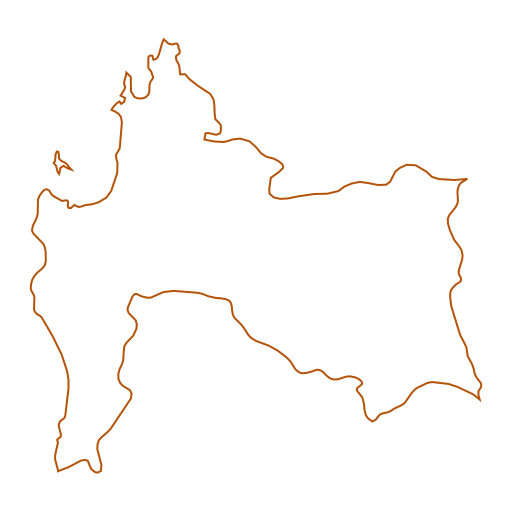 outline of Bío-Bío
{"feature_id": "CHL-2702", "entity_name": "Bío-Bío", "entity_type": "Region", "adm_level": 1, "iso_a3": "CHL", "parent_name": "Chile", "parent_adm1": "", "projection": "mercator", "projection_center": [-72.611, -37.461], "detail": "fine", "context": "isolated", "style": "outline", "palette": "amber", "viewbox_px": 512, "rotation_deg": 0, "n_neighbors": 0, "source": "natural_earth", "source_scale": "10m", "svg_char_len": 4746}
<svg xmlns="http://www.w3.org/2000/svg" viewBox="0 0 512 512"><path d="M467.4,178.9L461.4,182.4L459.0,185.2L457.6,189.7L457.5,194.2L457.9,198.3L457.8,202.4L455.9,206.8L449.3,215.1L447.8,218.8L448.0,223.6L449.7,229.6L454.1,239.7L459.5,246.8L461.7,250.7L462.6,255.6L462.1,259.8L459.5,267.9L458.6,272.0L458.9,274.3L461.0,278.1L460.9,280.6L460.0,281.9L456.0,284.4L453.4,287.0L451.5,289.4L450.3,292.4L450.1,296.8L451.3,306.4L460.0,334.5L466.4,347.1L467.7,356.2L472.1,364.3L473.7,368.8L474.6,373.3L476.1,376.8L480.7,382.9L481.1,384.1L481.3,385.3L481.1,386.5L480.7,387.7L478.4,391.3L478.5,395.2L479.7,399.6L474.4,395.3L472.5,394.0L457.2,386.8L448.4,383.9L432.5,382.1L429.8,382.4L427.0,383.1L416.9,388.0L414.5,389.8L412.4,392.1L404.4,403.3L401.0,405.5L394.4,408.5L391.5,410.5L388.4,412.1L381.9,413.6L379.5,414.9L375.7,419.7L372.3,421.5L368.2,418.5L365.9,415.3L364.6,410.4L364.1,405.2L363.3,401.0L362.2,397.2L357.1,390.8L356.9,389.0L357.3,388.0L360.2,385.7L361.8,384.3L362.1,382.9L361.3,381.1L359.0,379.2L355.4,377.4L350.0,376.3L345.9,376.7L338.0,379.3L333.8,379.5L330.0,378.3L326.3,375.4L323.4,372.3L320.6,370.4L317.7,369.7L315.6,370.1L311.6,371.6L305.7,373.1L302.2,373.2L299.4,372.5L297.2,370.9L295.2,369.0L290.9,362.0L288.3,359.1L285.5,356.5L277.6,350.6L268.7,345.6L255.9,340.9L251.0,337.8L248.2,334.7L243.5,327.4L240.9,324.2L234.5,317.9L232.8,314.5L232.1,310.2L231.8,306.4L231.0,303.2L229.4,300.8L226.2,299.3L222.4,298.5L215.7,297.9L208.5,296.3L201.9,293.7L197.7,292.8L174.0,290.9L163.6,292.0L150.9,297.6L147.7,297.7L143.9,297.0L140.8,296.0L138.2,294.6L136.0,293.9L134.3,294.3L132.5,296.5L128.0,307.0L127.5,309.8L128.6,312.9L135.7,320.3L136.8,324.1L136.4,328.8L133.2,335.7L126.4,342.8L124.4,346.2L123.7,351.4L123.5,356.3L123.1,360.7L121.7,364.9L119.5,369.3L118.3,374.3L118.5,379.2L120.3,383.2L123.1,386.0L130.0,390.2L131.6,393.7L131.0,398.4L110.7,428.7L107.1,432.5L101.6,437.2L99.1,439.8L97.6,443.9L97.3,449.1L101.4,464.9L100.9,471.0L97.4,472.7L94.9,472.0L91.5,469.4L90.0,466.4L87.8,460.8L85.1,459.9L81.0,460.6L68.6,467.1L58.3,471.1L58.1,471.2L58.1,470.7L55.0,458.9L55.3,454.3L57.6,444.2L57.9,441.9L57.1,439.9L58.1,438.7L59.7,437.7L60.8,436.6L60.9,434.5L58.8,426.0L58.9,424.0L60.2,421.3L61.4,420.2L63.1,419.0L64.7,417.5L65.3,415.5L68.5,388.5L68.5,379.9L67.2,371.5L61.7,354.7L52.6,336.2L41.8,317.6L40.2,316.0L36.8,313.9L35.4,312.5L34.3,310.5L34.0,309.2L34.4,297.2L33.8,295.0L31.3,290.6L30.7,288.5L31.2,283.5L32.4,279.5L34.3,276.2L36.6,273.3L42.3,268.4L44.8,265.3L45.8,261.0L45.6,251.6L44.9,247.7L43.6,244.2L33.4,233.6L32.0,230.5L32.8,225.9L36.5,218.3L37.7,213.8L38.0,199.6L39.5,195.8L42.1,192.2L44.2,189.9L46.4,189.2L49.2,190.6L51.2,193.8L52.7,195.6L54.4,196.5L55.1,197.0L61.9,200.9L66.0,200.3L67.6,200.8L68.2,202.5L67.9,204.6L67.8,206.6L68.9,208.1L70.9,208.0L74.3,205.0L78.5,207.0L81.0,206.6L85.5,205.1L92.5,204.2L98.8,202.2L106.5,197.5L111.2,190.9L117.2,173.2L117.5,162.8L116.5,159.3L116.2,157.4L116.0,155.2L116.5,154.0L119.5,148.8L119.9,146.6L121.9,122.2L120.9,116.9L118.5,113.7L115.2,111.6L111.5,109.9L112.9,107.5L114.9,105.1L117.2,102.9L119.5,101.5L121.2,103.9L124.2,101.8L125.1,98.0L120.6,95.6L124.4,89.5L125.2,86.9L124.0,83.7L124.6,80.0L125.8,76.2L126.4,72.6L130.8,77.0L131.0,91.5L134.5,97.0L137.1,98.1L140.3,98.5L143.4,98.2L146.0,97.0L148.3,94.7L149.3,92.1L149.5,84.9L149.9,83.3L150.6,81.6L151.6,80.1L152.4,79.1L153.1,77.5L152.8,76.1L152.2,74.8L151.3,71.7L148.8,68.6L148.3,67.6L148.3,58.3L148.6,56.7L149.5,55.8L151.2,55.5L152.7,56.1L152.9,57.6L152.9,59.1L153.5,59.7L156.0,59.0L157.7,57.2L158.9,54.5L162.2,42.9L163.8,39.3L168.4,43.6L172.4,44.5L175.3,43.6L176.9,43.6L177.8,44.5L178.5,46.0L178.5,48.2L179.8,50.8L179.5,53.3L178.1,54.4L176.1,56.1L176.0,57.8L176.4,60.4L178.1,63.0L179.2,65.6L180.2,74.4L185.1,74.2L189.6,79.3L193.7,82.5L198.0,85.9L203.2,89.3L210.1,93.8L213.5,99.2L214.4,105.7L214.6,113.0L215.3,119.1L218.8,122.6L220.8,125.1L220.9,130.2L220.1,133.3L216.1,134.8L211.1,133.6L208.0,133.0L205.4,133.4L205.1,135.9L204.4,139.4L207.6,140.2L214.2,141.5L223.8,142.0L228.4,140.9L232.2,139.5L240.2,138.6L249.5,141.3L255.8,146.9L261.4,153.6L266.6,156.8L273.8,158.7L278.6,161.2L282.1,164.1L283.2,166.6L282.9,168.3L278.8,172.1L270.8,177.8L269.2,189.7L269.6,193.8L273.7,197.4L280.1,198.9L288.2,198.4L297.3,196.5L314.2,194.0L327.2,193.7L338.3,191.1L344.6,186.5L352.1,183.4L359.8,181.9L368.5,183.1L377.9,185.0L386.2,184.7L390.3,181.5L395.2,171.7L400.0,167.8L406.6,164.8L415.7,165.3L426.2,171.5L432.0,176.9L439.2,179.1L446.4,179.5L454.0,180.0L467.4,178.9ZM55.4,154.9L56.8,151.5L58.4,151.9L58.9,154.9L58.9,158.4L61.2,160.9L64.8,162.5L67.4,164.8L69.2,167.3L71.3,169.6L68.5,168.7L66.2,167.5L63.5,165.9L60.5,167.8L59.6,172.1L59.1,174.0L57.5,171.7L56.1,165.9L53.6,162.9L55.0,161.1L55.4,157.2L55.4,154.9Z" fill="none" stroke="#b45309" stroke-width="2"/></svg>